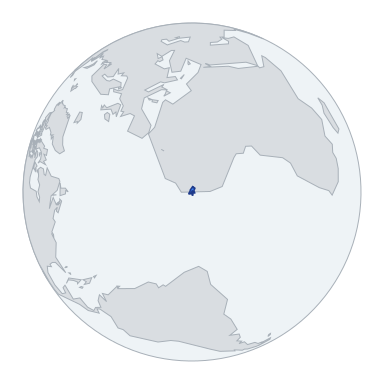 globe centered on Guinea-Bissau, rotated 305°
{"feature_id": "GNB", "entity_name": "Guinea-Bissau", "entity_type": "country or territory", "adm_level": 0, "iso_a3": "GNB", "parent_name": "Africa", "parent_adm1": "", "projection": "orthographic", "projection_center": [-15.403, 11.81], "detail": "fine", "context": "on_globe", "style": "filled", "palette": "blue", "viewbox_px": 384, "rotation_deg": 305, "n_neighbors": 0, "source": "natural_earth", "source_scale": "50m", "svg_char_len": 9839}
<svg xmlns="http://www.w3.org/2000/svg" viewBox="0 0 384 384"><g transform="rotate(305 192 192)"><circle cx="192" cy="192" r="169" fill="#eef3f6" stroke="#a8b0b8"/><path d="M41.7,114.9L37.1,124.7L38.2,122.0L41.7,114.9ZM142.6,30.4L139.9,31.3L139.9,31.7L127.1,38.5L130.6,37.4L127.9,39.9L130.9,39.7L127.6,41.6L132.8,39.9L135.2,38.3L138.2,37.2L140.2,37.1L136.4,39.2L134.9,39.6L134.8,40.2L132.1,41.4L134.5,40.7L129.7,43.7L137.3,40.8L135.9,43.1L132.0,45.1L128.7,44.9L111.4,50.8L106.4,53.6L102.6,57.4L103.2,64.0L99.2,67.6L96.5,72.4L100.3,70.2L103.9,65.7L110.4,63.2L113.9,58.6L117.1,57.2L122.3,52.9L125.4,53.8L125.7,57.1L121.6,60.8L121.6,62.6L128.7,59.5L124.2,67.6L126.6,75.2L125.0,77.6L116.1,80.6L108.0,78.8L96.5,84.7L107.9,81.4L103.7,88.2L104.7,89.8L107.2,90.0L110.4,87.7L109.8,90.4L98.2,94.2L98.6,91.8L102.3,90.4L98.4,89.9L90.6,93.4L89.1,97.1L78.9,100.1L77.7,103.0L74.8,105.5L77.5,100.6L72.6,109.8L60.4,117.8L53.5,134.8L56.0,120.5L54.2,118.0L51.4,117.1L50.2,119.7L48.2,116.0L43.4,120.2L37.2,133.0L34.3,144.0L36.9,146.4L39.7,141.2L42.8,141.4L36.2,156.2L40.9,160.9L37.8,172.6L38.6,179.6L42.1,179.2L45.3,183.5L49.1,177.4L54.7,175.1L53.2,184.9L57.5,176.8L59.7,182.3L71.6,184.6L70.3,186.7L80.1,200.5L93.2,207.8L96.2,215.4L94.4,219.6L99.4,221.6L99.6,224.5L121.8,231.7L134.9,240.1L135.7,250.0L127.0,260.3L124.4,282.7L110.2,288.1L110.2,296.7L105.4,307.8L96.3,305.2L102.7,312.1L100.7,314.9L95.8,314.1L98.3,318.2L94.8,317.5L99.4,320.9L98.9,325.0L104.9,329.8L105.8,333.0L109.9,335.7L108.3,335.3L108.1,335.7L109.7,337.0L102.9,333.5L95.2,327.5L93.4,325.1L91.3,324.0L87.0,317.3L86.5,318.3L77.6,306.4L73.7,297.0L62.1,266.7L58.2,259.8L49.6,250.2L38.7,223.7L39.8,214.6L38.2,209.4L43.5,197.2L43.3,183.7L41.8,181.2L39.5,185.4L35.4,175.0L35.5,164.3L31.7,141.2L33.2,135.5L36.2,127.6L45.7,107.5L52.4,96.8L59.9,86.6L68.2,77.0L77.2,68.0L86.8,59.8L97.0,52.3L107.8,45.5L119.0,39.6L130.6,34.6L142.6,30.4ZM50.9,140.4L56.5,151.5L51.2,150.9L52.6,149.7L51.6,145.6L49.1,141.1L45.1,141.5L50.9,140.4ZM58.1,132.3L56.9,131.2L58.3,131.6L58.1,132.3ZM120.2,52.8L121.2,52.9L119.7,53.6L120.2,52.8ZM121.4,51.1L119.0,51.9L119.3,51.2L120.7,50.7L121.4,51.1ZM124.4,50.2L120.0,49.9L120.5,48.7L126.6,46.0L124.4,50.2ZM135.1,37.9L132.6,39.6L132.8,38.4L135.1,37.9ZM134.5,37.5L130.8,36.3L135.4,34.2L135.7,34.8L140.1,32.5L144.2,31.9L142.6,33.1L138.9,34.5L143.3,33.3L134.5,37.5ZM139.4,36.7L138.3,36.5L142.2,34.5L145.2,34.6L143.0,35.1L139.4,36.7ZM139.3,32.3L142.8,31.1L147.0,30.2L148.9,29.7L144.7,31.7L139.3,32.3ZM143.1,35.5L146.6,34.7L146.6,35.6L140.8,36.7L143.1,35.5ZM141.9,34.1L143.9,33.2L143.8,33.6L141.9,34.1ZM148.4,39.0L147.0,38.4L148.9,37.3L148.4,39.0ZM148.0,34.4L148.0,34.1L148.6,33.6L150.8,33.3L148.0,34.4ZM148.0,31.1L149.0,31.1L149.9,30.2L153.1,29.8L149.7,31.3L152.5,30.5L153.5,30.4L149.6,31.9L148.0,31.1ZM154.9,31.9L151.7,34.2L154.0,35.2L152.4,36.2L148.9,34.4L154.9,31.9ZM152.1,31.7L153.5,32.0L150.8,32.9L148.2,33.2L152.1,31.7ZM156.5,29.1L152.5,29.3L153.3,29.0L156.5,29.1ZM156.1,32.0L156.8,31.5L156.6,32.0L156.1,32.0ZM157.0,29.7L155.4,29.7L156.5,29.4L157.0,29.7ZM159.6,30.5L158.6,31.2L156.8,31.3L159.6,30.5ZM158.8,30.0L160.6,29.5L156.8,31.0L158.0,30.0L158.8,30.0ZM158.2,29.3L158.3,29.1L158.7,29.4L158.2,29.3ZM167.0,29.7L162.5,31.6L158.6,31.9L163.5,29.9L167.0,29.7ZM116.0,340.3L104.3,334.5L110.1,337.4L109.9,336.0L117.6,339.9L116.0,340.3ZM117.2,337.0L119.4,336.6L121.2,337.4L120.1,337.9L117.2,337.0ZM358.4,162.7L354.4,147.1L349.3,132.9L349.5,135.4L343.0,125.5L337.4,129.4L334.9,126.1L334.2,128.8L329.4,126.7L325.0,121.3L322.8,122.8L334.3,136.9L336.4,135.5L335.7,128.2L338.7,133.7L343.1,137.4L344.3,153.9L333.1,173.3L329.3,161.8L306.3,133.8L305.4,130.2L305.2,129.8L304.7,129.1L305.5,135.2L300.6,129.8L315.9,149.7L319.7,159.0L333.0,174.1L332.5,176.2L335.9,179.0L343.6,171.0L344.2,175.0L342.3,195.4L329.3,225.4L329.4,241.9L325.8,256.7L314.1,268.8L311.6,279.5L305.1,284.6L302.3,290.8L295.1,298.3L284.3,305.9L269.8,308.6L271.6,303.3L268.6,293.8L265.6,269.0L272.2,256.1L272.1,246.6L261.3,226.7L263.8,214.4L260.2,209.7L253.2,211.8L248.7,206.3L244.2,206.6L213.8,213.6L202.8,206.5L185.7,183.4L189.9,173.5L187.7,162.4L214.6,123.0L223.6,124.3L248.6,116.6L252.3,117.4L253.0,125.9L274.6,133.3L277.3,125.5L293.3,128.4L301.6,126.3L298.2,110.5L284.5,113.5L278.6,106.9L286.6,98.2L298.0,96.5L296.1,93.9L285.8,89.5L285.4,84.1L281.9,87.7L285.6,89.9L283.6,92.5L280.1,90.7L280.0,88.7L275.7,88.3L277.0,98.7L280.8,102.1L271.4,105.9L277.0,112.1L275.5,115.8L265.6,106.8L264.2,103.1L248.4,94.8L249.0,98.9L264.0,107.3L260.7,107.0L261.6,113.4L258.3,108.3L241.7,98.9L231.2,103.0L223.1,120.2L215.8,122.5L207.3,120.3L204.9,104.3L221.4,101.2L220.8,96.3L212.9,90.2L218.6,90.0L217.4,87.4L223.2,86.3L226.9,79.3L232.1,77.9L229.2,70.3L231.5,68.8L232.6,73.5L236.1,76.4L248.5,73.9L249.6,72.0L246.7,67.5L250.5,67.8L246.2,63.8L251.2,61.1L241.4,61.3L237.8,56.9L238.5,53.0L235.5,51.8L234.4,58.2L235.6,60.9L239.4,62.9L240.9,71.2L237.6,73.2L229.3,65.4L223.7,67.7L219.7,61.2L225.1,46.6L229.6,43.5L246.0,46.6L247.4,49.2L242.3,49.3L251.0,52.8L248.4,50.8L251.5,51.2L248.9,47.8L251.0,48.0L244.8,44.6L247.1,44.5L250.9,46.6L248.9,42.2L252.5,41.6L251.0,40.6L248.5,39.6L254.7,39.9L253.3,39.2L250.8,38.8L246.4,37.1L241.1,34.6L243.6,34.8L245.8,35.8L254.2,38.4L259.7,41.3L260.2,41.2L255.9,38.8L245.7,35.5L241.9,34.0L246.6,35.1L244.6,34.6L243.4,33.9L244.5,33.6L239.3,32.3L223.3,26.8L223.9,26.3L229.8,27.5L224.1,26.1L235.8,28.8L247.3,32.3L258.4,36.6L269.3,41.7L279.7,47.6L289.7,54.2L299.2,61.4L308.2,69.4L316.6,77.9L324.4,87.0L331.5,96.7L337.9,106.8L343.6,117.3L348.5,128.2L352.6,139.5L355.9,151.0L358.4,162.7ZM209.3,142.3L209.6,145.6L209.3,142.3ZM313.0,102.9L317.9,101.7L310.7,93.4L312.0,92.5L309.1,90.2L310.2,92.9L302.3,86.7L302.6,83.5L299.5,80.0L297.7,80.3L298.3,87.4L309.6,95.9L310.6,100.0L313.0,102.9ZM72.0,184.6L73.3,186.8L71.2,186.4L72.0,184.6ZM49.4,154.6L51.1,155.5L51.6,157.3L50.1,157.3L49.4,154.6ZM66.3,159.8L68.7,161.3L65.7,161.4L66.3,159.8ZM57.6,153.0L64.3,159.0L58.5,160.4L54.5,156.8L57.9,156.9L57.6,153.0ZM55.1,137.5L55.9,138.6L54.9,140.2L55.1,137.5ZM59.1,132.7L58.6,132.7L58.7,131.1L59.1,132.7ZM104.4,88.0L105.3,87.8L107.4,88.5L105.5,89.3L104.4,88.0ZM122.5,86.1L121.1,90.5L120.8,87.7L117.8,89.4L113.3,86.0L123.9,78.7L119.9,82.4L122.5,86.1ZM110.2,80.1L111.9,82.6L109.7,80.1L110.2,80.1ZM205.2,75.9L208.6,77.0L208.5,80.1L201.9,83.3L201.9,78.7L205.2,75.9ZM213.4,78.1L207.0,70.2L210.9,68.4L209.8,70.6L213.0,70.2L212.1,73.8L222.1,80.4L222.6,83.6L210.1,86.9L213.9,83.8L210.3,82.7L213.4,78.1ZM183.9,57.7L181.2,55.5L193.1,54.2L194.2,56.5L187.7,59.4L182.5,58.5L183.9,57.7ZM136.0,45.9L134.2,46.1L135.2,45.3L137.6,44.7L136.0,45.9ZM147.6,38.8L145.0,45.0L142.8,45.4L143.9,49.3L138.5,51.8L138.0,49.1L134.7,54.2L132.0,52.8L130.4,56.4L129.8,50.0L127.3,49.3L132.1,49.1L137.1,46.7L138.5,45.4L140.7,41.7L137.7,39.5L142.3,37.3L146.2,36.3L147.6,36.4L144.2,37.7L148.5,37.0L144.7,39.1L147.6,38.8ZM190.0,32.3L185.5,32.6L193.4,33.8L189.7,34.9L190.8,35.0L189.5,36.5L190.0,38.6L187.7,39.1L188.9,39.7L188.0,41.0L188.8,42.1L185.1,43.4L185.8,45.1L183.6,44.8L185.8,47.3L182.5,46.1L181.1,47.9L185.1,48.1L163.0,54.6L156.3,59.1L152.5,63.9L147.4,61.7L147.6,56.2L151.2,50.0L158.4,46.3L154.7,46.3L157.1,44.6L159.0,45.3L157.5,43.3L160.0,42.2L163.1,38.2L159.5,36.5L160.5,35.2L163.2,35.3L162.4,34.0L168.1,33.5L169.0,32.7L175.5,31.6L180.1,32.7L180.7,31.8L185.7,31.2L190.0,32.3ZM168.9,29.4L175.2,30.0L176.3,31.0L164.5,32.5L162.9,33.4L155.4,34.9L154.0,33.4L156.3,33.1L158.2,32.4L157.8,33.1L159.5,32.1L162.7,31.7L164.9,30.9L166.3,31.2L168.9,29.4ZM254.3,113.9L256.8,113.9L260.2,113.0L260.8,117.3L254.3,113.9ZM243.0,107.5L244.9,106.7L247.5,111.8L244.9,112.1L243.0,107.5ZM243.8,102.1L244.8,106.3L242.8,104.2L243.8,102.1ZM234.1,72.7L235.9,71.8L236.9,72.8L237.0,74.5L234.1,72.7ZM212.7,37.6L210.0,37.2L210.0,36.7L205.2,34.9L207.6,34.1L211.5,35.0L212.7,37.6ZM297.1,113.6L296.0,117.1L294.2,116.0L294.9,115.0L297.1,113.6ZM278.5,117.3L283.8,118.3L278.6,118.4L278.5,117.3ZM214.6,36.5L212.3,35.8L214.9,35.9L214.6,36.5ZM209.2,33.6L211.8,33.5L207.4,33.9L209.2,33.6ZM340.8,249.1L327.9,276.2L323.9,277.8L325.7,270.8L332.3,254.9L337.8,248.8L341.3,241.0L340.8,249.1ZM232.0,32.3L235.9,35.4L240.3,37.8L245.3,39.2L240.0,38.9L233.1,35.1L232.0,32.3ZM224.1,27.2L219.7,26.5L220.4,26.4L221.5,26.5L224.1,27.2ZM222.3,27.1L219.2,27.3L215.9,26.6L219.0,26.6L222.3,27.1ZM217.1,31.0L218.1,31.8L216.0,31.6L217.1,31.0Z" fill="#d9dde1" stroke="#a8b0b8" stroke-width="1"/><path d="M188.2,190.4L188.4,190.4L188.8,190.4L189.1,190.4L189.3,190.3L189.6,190.1L189.9,190.1L190.7,190.1L191.5,190.0L192.1,189.7L192.6,189.4L193.3,189.4L194.0,189.4L195.0,189.4L195.9,189.4L196.8,189.4L196.8,189.7L197.0,190.0L197.0,190.3L196.9,190.5L196.7,190.7L196.4,190.7L196.2,190.8L196.3,191.0L196.6,191.3L196.8,191.4L196.8,191.5L196.8,191.9L196.8,192.2L196.2,192.4L195.7,192.5L195.3,192.4L195.1,192.5L194.7,192.7L194.3,192.9L194.1,192.9L194.0,193.0L193.8,193.2L193.3,194.2L193.2,194.4L193.0,194.6L192.9,194.4L193.0,194.0L192.9,194.0L192.6,194.3L192.5,193.9L192.4,193.9L192.2,193.9L192.0,193.7L192.0,193.4L192.1,193.2L191.9,193.2L191.9,192.9L192.4,192.7L192.7,192.7L193.0,192.6L192.8,192.4L192.5,192.4L192.2,192.4L192.1,192.6L191.7,192.3L191.7,192.1L191.8,191.9L192.0,191.8L192.6,191.8L192.8,191.7L193.0,191.6L192.9,191.5L192.6,191.7L191.9,191.6L191.7,191.7L191.3,192.0L190.8,192.1L190.4,192.1L190.6,191.7L190.4,191.6L189.9,191.7L189.5,191.5L189.3,191.3L189.4,191.0L189.5,190.8L189.6,190.7L189.4,190.7L189.0,190.8L188.2,190.4ZM189.9,194.2L189.7,194.3L189.6,194.1L189.8,194.0L189.9,193.9L190.0,193.8L190.1,194.0L189.9,194.2ZM190.6,193.0L190.4,193.1L190.2,193.0L190.2,192.8L190.4,192.6L190.5,192.7L190.6,193.0ZM190.3,191.8L190.2,192.1L189.9,191.9L190.2,191.8L190.3,191.8ZM191.1,193.8L190.9,193.9L191.0,193.6L191.3,193.5L191.2,193.6L191.1,193.8ZM191.6,192.8L191.4,192.8L191.6,192.6L191.8,192.5L191.6,192.8L191.6,192.8ZM190.6,194.1L190.4,194.2L190.4,193.9L190.5,193.8L190.6,194.1Z" fill="#3b82f6" stroke="#1e3a8a" stroke-width="1.5"/></g></svg>